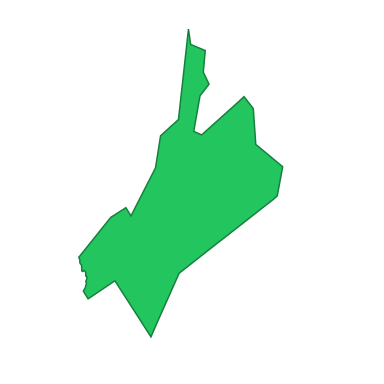 Nazaré do Piauí, Piauí, Brazil (Natural Earth projection), rotated 202°
{"feature_id": "56859067B23275533922322", "entity_name": "Nazaré do Piauí", "entity_type": "district", "adm_level": 2, "iso_a3": "BRA", "parent_name": "Brazil", "parent_adm1": "Piauí", "projection": "natural_earth1", "projection_center": [-42.675, -7.077], "detail": "fine", "context": "isolated", "style": "filled", "palette": "green", "viewbox_px": 384, "rotation_deg": 202, "n_neighbors": 0, "source": "geoboundaries", "source_scale": "gbopen_adm2", "svg_char_len": 826}
<svg xmlns="http://www.w3.org/2000/svg" viewBox="0 0 384 384"><g transform="rotate(202 192 192)"><path d="M248.3,54.0L230.2,80.8L220.6,74.0L218.2,72.3L175.8,42.3L175.4,57.8L173.5,111.8L149.9,153.1L141.9,166.8L140.9,168.6L113.4,216.4L111.5,220.4L117.4,249.4L150.7,260.0L166.4,292.3L179.5,299.9L182.8,292.8L204.5,248.5L213.1,248.9L220.6,284.2L216.6,298.4L226.4,307.3L232.7,328.1L248.5,328.3L256.3,341.7L231.7,254.1L235.5,246.3L242.2,232.3L236.5,207.8L234.9,200.6L238.6,158.7L239.6,146.9L247.4,152.7L257.8,138.1L272.5,89.1L271.4,87.8L270.4,86.9L269.9,85.1L268.8,83.7L267.1,82.9L265.4,79.3L264.7,77.6L263.4,77.4L262.5,78.7L261.3,78.5L260.0,76.8L259.2,74.4L257.4,73.8L257.0,71.6L257.0,69.3L255.9,68.1L255.5,66.7L255.5,65.1L255.0,63.3L255.4,61.6L255.6,59.4L248.3,54.0Z" fill="#22c55e" stroke="#15803d" stroke-width="1.5"/></g></svg>